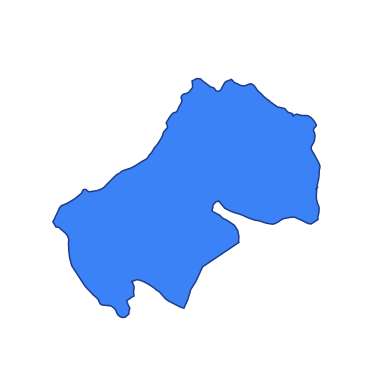 Al Makhadir, Ibb, Yemen, rotated 57°
{"feature_id": "15242507B59993848545507", "entity_name": "Al Makhadir", "entity_type": "district", "adm_level": 2, "iso_a3": "YEM", "parent_name": "Yemen", "parent_adm1": "Ibb", "projection": "mercator", "projection_center": [44.207, 14.141], "detail": "fine", "context": "isolated", "style": "filled", "palette": "blue", "viewbox_px": 384, "rotation_deg": 57, "n_neighbors": 0, "source": "geoboundaries", "source_scale": "gbopen_adm2", "svg_char_len": 5280}
<svg xmlns="http://www.w3.org/2000/svg" viewBox="0 0 384 384"><g transform="rotate(57 192 192)"><path d="M102.1,123.0L99.4,126.2L98.9,131.5L101.5,132.7L104.7,134.6L105.6,137.4L106.5,140.1L106.4,142.7L105.3,145.8L105.3,147.1L105.8,148.5L107.1,149.9L109.6,150.3L110.8,151.7L112.0,153.4L113.0,155.6L116.0,160.5L116.4,161.2L115.8,163.7L115.5,164.7L116.2,167.9L117.2,170.5L117.9,171.9L118.0,172.1L120.0,176.1L122.6,176.4L124.5,177.4L125.3,179.1L125.1,179.2L125.3,180.1L125.8,181.5L126.3,183.0L127.2,184.4L128.2,185.5L129.1,186.7L130.0,188.3L130.8,189.9L131.5,191.3L132.1,192.8L132.8,194.1L133.3,195.6L133.8,197.0L134.1,198.5L134.6,200.0L135.5,201.5L135.8,202.2L135.9,202.4L136.2,202.9L136.8,204.3L137.3,205.9L137.8,207.6L138.4,209.1L139.2,210.5L139.4,212.0L139.4,213.7L139.3,215.4L139.1,217.0L139.1,218.7L139.1,220.2L139.1,221.9L139.1,223.8L139.1,225.3L138.9,226.8L138.8,228.3L138.6,229.9L138.4,231.4L137.9,232.9L137.4,234.7L137.0,236.3L136.6,237.9L136.4,239.2L136.5,240.8L136.7,242.3L136.6,244.1L136.4,245.6L136.7,247.2L136.9,248.6L137.2,250.2L137.6,251.7L137.9,253.2L138.3,254.7L138.6,256.4L138.9,257.9L139.2,259.5L139.7,261.0L140.1,262.7L140.2,264.7L140.1,266.3L139.8,267.9L139.4,269.8L138.9,271.5L138.2,272.9L137.5,274.5L136.7,276.2L136.0,277.7L135.8,278.3L134.8,278.8L133.7,279.1L132.5,279.5L131.4,280.4L131.0,281.2L131.0,281.8L131.1,282.5L131.6,283.3L131.9,283.8L132.3,284.4L133.0,285.5L132.9,285.7L133.6,292.1L133.9,294.5L133.7,297.3L133.6,301.1L133.2,304.7L132.7,307.2L132.3,308.8L132.5,309.7L133.0,311.3L133.7,312.6L134.1,313.1L139.9,322.5L141.2,324.9L147.4,325.2L148.2,323.8L149.5,322.8L152.6,322.0L157.9,320.5L161.0,320.3L164.9,321.2L167.4,323.3L171.4,325.7L174.1,327.3L180.9,330.6L188.3,333.0L206.2,333.0L212.9,333.0L221.9,331.3L223.6,331.1L225.2,330.7L225.7,330.5L226.6,330.2L228.2,329.8L229.7,329.4L231.2,329.3L232.7,329.4L234.2,329.8L235.8,329.9L237.3,329.3L238.4,328.2L239.4,326.9L240.4,325.6L241.6,324.3L242.5,323.1L243.6,321.9L245.1,321.2L246.6,320.8L248.2,320.4L249.8,320.4L251.3,320.7L252.9,321.0L254.4,321.1L255.9,320.7L257.4,320.2L258.7,319.3L259.7,318.1L260.1,317.4L260.6,316.5L260.4,314.9L260.1,312.0L259.6,311.1L258.4,310.4L256.9,309.0L256.0,307.7L255.2,307.4L252.2,307.1L251.4,306.9L250.8,306.7L249.2,306.5L247.5,305.8L247.5,304.3L247.6,303.4L247.4,300.2L247.7,297.4L246.9,296.9L245.4,296.2L244.1,295.4L242.7,294.5L241.5,293.2L240.2,292.4L238.7,291.8L237.1,291.6L235.7,291.1L235.4,291.1L235.0,291.2L234.7,291.3L234.3,291.4L234.2,291.4L234.4,290.3L235.6,285.8L238.5,283.0L243.0,280.1L247.5,277.9L251.9,276.0L254.2,275.5L257.8,273.8L262.5,273.1L267.3,272.4L271.2,270.8L271.6,270.4L276.9,267.5L281.8,264.6L285.1,262.1L284.3,261.0L280.1,254.4L276.0,249.5L273.1,246.2L270.3,240.0L269.1,237.5L268.0,235.7L260.5,223.9L260.3,211.1L260.1,198.9L259.8,180.0L258.7,179.8L254.9,176.9L248.9,174.6L242.8,174.6L239.1,176.2L233.8,178.5L232.8,179.2L231.3,180.2L229.8,180.8L228.6,181.0L226.8,181.3L219.8,185.2L218.2,185.4L217.1,183.7L214.2,181.2L213.3,177.2L214.2,174.5L221.5,173.6L223.4,173.4L224.7,172.7L226.0,171.9L227.5,171.0L228.9,170.2L230.2,169.3L230.8,168.8L231.6,168.3L232.8,167.3L234.0,166.2L235.5,165.0L236.7,164.0L237.9,163.1L239.4,162.0L240.7,161.2L243.4,159.5L244.6,158.7L245.9,157.7L247.3,156.6L248.5,155.7L249.8,154.6L250.8,153.5L251.9,152.3L253.2,151.1L254.6,149.8L256.0,148.8L256.9,148.1L257.3,147.7L258.5,146.7L259.7,145.5L260.7,144.4L261.7,143.3L262.8,142.1L263.6,140.2L264.1,135.4L263.9,132.8L264.1,131.0L264.4,129.1L266.8,123.4L268.7,119.9L274.9,115.8L281.7,111.8L283.7,109.5L283.7,101.3L281.5,100.1L280.8,99.4L279.8,98.2L278.5,97.0L277.3,96.0L276.0,95.0L274.1,93.8L272.6,93.4L271.1,93.2L269.3,92.7L267.7,92.2L266.3,91.7L264.9,91.1L263.4,90.2L261.9,89.1L260.7,88.2L259.4,87.2L258.1,86.2L257.7,86.3L257.3,86.5L257.2,86.7L256.9,86.7L256.7,86.4L256.9,85.2L256.9,84.6L256.6,84.2L256.2,84.0L255.9,83.9L255.5,84.1L254.3,83.1L253.1,81.9L252.0,80.8L250.8,79.5L249.6,78.3L248.3,77.2L247.1,76.3L245.7,75.3L244.2,74.3L242.9,73.2L241.6,71.9L240.4,70.8L239.0,70.3L237.5,70.0L235.9,69.8L234.3,69.6L232.8,69.5L231.3,69.4L229.6,69.2L228.0,69.1L226.4,69.0L224.8,68.9L223.3,68.9L221.8,68.8L220.3,68.4L219.2,67.4L218.3,66.1L217.6,64.6L216.8,63.1L215.9,61.8L214.8,60.7L213.6,59.7L212.5,58.7L211.1,57.8L209.6,57.2L208.1,56.9L206.5,56.7L204.8,54.6L204.5,52.3L203.4,51.2L201.6,51.0L200.0,51.0L198.4,51.0L196.9,51.2L195.2,51.5L193.8,51.9L192.1,52.7L190.7,53.7L189.8,54.9L188.9,56.3L188.0,57.7L187.0,58.9L185.8,60.0L184.6,61.0L183.8,61.7L183.2,63.9L183.5,65.6L183.2,65.9L182.7,66.0L182.3,65.8L182.2,65.5L181.8,65.1L180.3,65.5L180.0,65.9L178.8,66.9L177.7,67.9L175.0,68.5L172.8,68.7L171.8,69.4L167.2,74.0L165.4,74.7L163.9,75.3L162.4,76.0L160.8,76.4L159.5,77.2L158.0,77.3L156.6,77.8L155.1,78.5L153.5,79.1L151.9,79.6L150.3,80.0L148.7,80.2L147.0,80.6L145.4,81.1L143.6,81.5L142.1,81.8L140.6,81.8L139.0,81.8L137.3,81.9L135.7,82.3L134.3,82.9L133.0,83.9L132.6,85.5L132.4,87.0L132.0,88.5L131.5,90.1L130.8,91.5L129.7,92.6L128.5,93.5L127.0,94.4L125.5,95.2L124.2,96.3L123.5,96.7L119.0,97.6L118.2,101.7L117.8,103.2L118.0,104.8L118.7,106.2L119.5,107.6L120.3,109.1L121.0,110.5L121.9,111.8L122.2,113.6L122.3,114.7L121.4,115.5L120.8,116.6L119.3,116.8L117.7,116.8L116.3,117.2L115.3,117.8L114.3,119.1L112.8,119.6L103.5,123.0L102.1,123.0Z" fill="#3b82f6" stroke="#1e3a8a" stroke-width="1.5"/></g></svg>